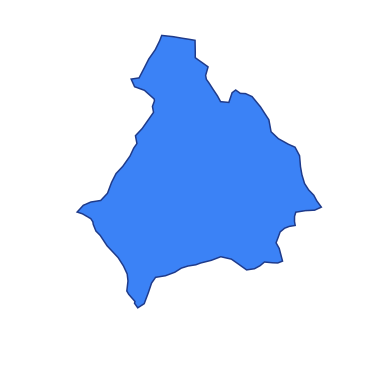 outline of Kyongsong, Hamgyŏng-bukto, North Korea, rotated 125°
{"feature_id": "82179303B44322363830429", "entity_name": "Kyongsong", "entity_type": "district", "adm_level": 2, "iso_a3": "PRK", "parent_name": "North Korea", "parent_adm1": "Hamgyŏng-bukto", "projection": "robinson", "projection_center": [129.427, 41.678], "detail": "fine", "context": "isolated", "style": "filled", "palette": "blue", "viewbox_px": 384, "rotation_deg": 125, "n_neighbors": 0, "source": "geoboundaries", "source_scale": "gbopen_adm2", "svg_char_len": 1521}
<svg xmlns="http://www.w3.org/2000/svg" viewBox="0 0 384 384"><g transform="rotate(125 192 192)"><path d="M140.2,85.8L136.5,81.1L130.2,77.4L127.7,84.7L124.8,90.4L123.4,97.6L120.5,104.7L114.8,111.9L109.1,117.6L100.6,124.7L96.2,133.3L97.6,140.4L98.8,151.8L97.3,161.8L88.8,170.4L85.9,177.6L83.0,184.7L79.4,197.5L80.7,204.6L83.5,209.0L83.4,214.7L87.6,216.1L97.5,213.2L101.6,220.4L98.7,226.2L95.9,233.4L93.0,240.5L91.5,244.8L88.7,247.7L80.3,250.6L80.2,256.3L80.2,262.1L80.1,266.4L75.9,269.3L66.0,276.5L68.7,282.2L71.5,287.9L75.6,296.6L81.1,306.6L86.8,305.2L96.6,303.7L107.8,303.7L117.6,302.3L128.9,300.8L134.4,306.6L138.7,299.4L136.0,289.3L137.5,276.4L138.9,275.0L144.6,273.5L148.8,269.2L153.0,269.2L158.6,269.2L168.5,269.2L178.3,270.6L179.7,269.2L183.9,264.9L189.5,264.9L198.0,263.4L210.6,263.4L220.4,264.8L230.2,263.4L241.5,260.5L251.3,261.9L258.2,269.1L265.2,273.4L274.3,274.6L272.7,269.2L271.9,259.6L273.3,256.1L275.2,254.3L279.1,248.3L280.2,242.3L284.8,230.7L288.1,214.9L291.9,205.7L296.3,198.1L301.6,193.4L310.5,188.6L312.1,185.2L314.4,175.9L316.1,175.3L318.0,170.0L310.9,167.1L299.6,170.0L289.8,172.9L282.8,172.9L275.8,165.7L267.5,160.0L260.5,157.1L254.9,152.8L249.4,147.1L245.2,144.2L236.9,137.0L228.5,131.3L228.1,130.3L224.4,121.2L224.4,112.6L224.5,102.6L219.0,96.8L213.4,94.0L207.8,92.5L203.7,85.3L200.9,81.0L196.7,78.2L188.2,88.2L185.4,94.0L179.8,95.4L174.2,96.9L168.6,95.4L164.4,92.6L160.2,88.3L157.4,91.1L153.2,94.0L149.0,95.4L142.1,88.3L140.2,85.8Z" fill="#3b82f6" stroke="#1e3a8a" stroke-width="1.5"/></g></svg>